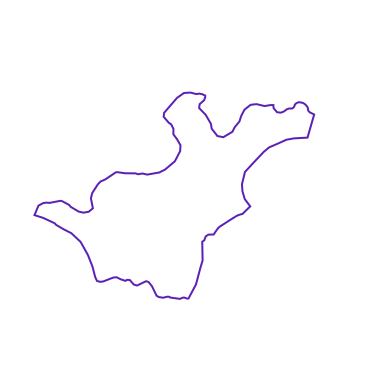 the district of Chinautla, Guatemala, rotated 57°
{"feature_id": "79465075B40156667013427", "entity_name": "Chinautla", "entity_type": "district", "adm_level": 2, "iso_a3": "GTM", "parent_name": "Guatemala", "parent_adm1": "", "projection": "albers", "projection_center": [-90.5, 14.736], "detail": "fine", "context": "isolated", "style": "outline", "palette": "violet", "viewbox_px": 384, "rotation_deg": 57, "n_neighbors": 0, "source": "geoboundaries", "source_scale": "gbopen_adm2", "svg_char_len": 2072}
<svg xmlns="http://www.w3.org/2000/svg" viewBox="0 0 384 384"><g transform="rotate(57 192 192)"><path d="M279.4,252.9L276.5,247.7L271.7,239.0L260.2,226.3L255.2,220.4L239.3,210.5L239.2,208.1L236.7,204.7L236.7,201.4L238.2,199.0L239.5,197.0L238.1,193.9L236.6,190.0L236.1,187.0L236.2,184.1L236.2,180.2L236.2,175.6L236.3,170.8L236.3,168.2L236.7,165.4L237.9,161.4L237.0,157.3L235.8,151.0L226.6,151.6L218.9,149.3L212.7,145.9L204.0,136.6L200.9,124.4L197.4,109.9L196.6,103.0L198.1,94.0L199.6,84.3L202.6,77.2L209.3,65.5L193.5,47.3L189.4,49.8L187.6,50.2L186.0,49.9L184.9,49.1L183.9,48.9L181.3,49.1L180.3,49.3L178.6,50.0L177.5,50.6L175.1,53.2L174.6,54.3L174.4,56.6L174.7,58.0L175.8,59.4L176.5,60.8L176.5,62.5L175.6,64.0L174.8,65.3L174.3,67.5L174.4,69.3L174.5,71.5L173.8,74.4L171.4,77.2L166.4,77.9L164.7,77.2L163.4,76.4L162.8,77.4L161.9,78.7L159.4,84.4L158.2,85.5L153.4,90.1L150.8,95.4L151.5,103.1L155.0,109.3L158.7,113.8L160.9,120.8L163.5,125.4L163.1,135.9L158.9,140.2L149.6,141.0L145.2,139.0L134.7,138.5L125.5,140.3L122.5,137.8L121.6,131.8L119.6,129.2L118.3,128.4L115.5,130.2L113.3,132.5L112.3,135.0L107.8,139.1L104.6,144.8L104.9,153.2L110.4,172.2L113.5,174.8L121.1,173.8L124.0,172.6L129.0,173.2L133.4,176.2L139.4,175.8L146.5,176.2L151.3,179.7L152.4,181.7L156.9,189.6L158.5,202.3L157.8,208.8L153.0,220.1L149.5,223.5L147.8,227.5L145.6,229.2L139.8,238.0L134.7,243.8L134.0,245.3L134.1,249.7L134.2,258.0L133.4,263.0L134.3,266.8L138.5,276.2L142.2,280.2L151.7,284.0L152.3,289.4L150.2,294.3L146.6,297.8L138.4,301.8L135.9,302.1L128.8,306.0L127.8,307.0L123.6,317.3L121.4,320.2L120.2,323.2L119.8,328.2L125.6,336.7L132.8,330.8L143.4,324.2L145.5,323.9L151.7,320.8L154.0,319.6L160.9,315.6L173.2,312.6L188.1,313.6L200.0,316.0L210.6,319.5L214.8,320.1L217.3,318.0L218.6,315.4L220.9,304.6L222.4,301.7L226.3,299.4L230.2,296.3L230.3,294.3L232.0,292.1L238.0,291.2L240.5,289.0L241.8,279.1L243.9,277.4L249.3,276.9L259.7,278.2L262.1,277.0L265.0,273.7L266.4,269.6L267.6,268.1L268.6,267.8L275.1,260.3L275.5,257.5L276.3,256.0L278.9,254.0L279.4,252.9Z" fill="none" stroke="#5b21b6" stroke-width="2"/></g></svg>